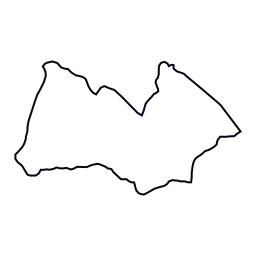 Nova Palmeira, Paraíba, Brazil
{"feature_id": "56859067B19664116937199", "entity_name": "Nova Palmeira", "entity_type": "district", "adm_level": 2, "iso_a3": "BRA", "parent_name": "Brazil", "parent_adm1": "Paraíba", "projection": "albers", "projection_center": [-36.429, -6.675], "detail": "fine", "context": "isolated", "style": "outline", "palette": "ink", "viewbox_px": 256, "rotation_deg": 0, "n_neighbors": 0, "source": "geoboundaries", "source_scale": "gbopen_adm2", "svg_char_len": 1838}
<svg xmlns="http://www.w3.org/2000/svg" viewBox="0 0 256 256"><path d="M45.8,75.9L44.0,81.8L40.7,88.5L37.2,94.9L35.1,100.8L28.7,120.6L27.6,126.3L27.4,131.0L25.9,136.9L25.7,139.3L24.2,143.8L22.4,146.9L18.9,151.0L15.4,154.5L15.4,158.9L18.0,162.5L20.6,164.4L22.6,166.6L27.4,174.6L30.6,175.6L35.8,175.5L38.7,173.5L40.8,169.8L43.7,169.8L46.9,169.4L49.9,169.7L53.6,168.8L56.6,167.5L59.7,168.3L62.9,168.4L66.5,167.9L70.9,169.5L73.8,168.6L76.9,166.9L80.1,166.9L83.2,167.0L86.7,167.1L89.7,165.8L93.2,164.6L97.9,163.8L101.9,165.2L105.2,166.6L107.8,168.4L111.4,169.1L113.3,172.0L115.8,174.4L118.6,177.0L120.8,179.1L123.7,179.3L126.6,179.2L128.4,180.9L131.6,182.4L134.0,182.3L134.8,184.8L135.3,187.2L136.3,190.3L138.2,192.8L140.8,194.1L144.0,194.5L147.1,192.9L151.5,190.4L154.4,188.8L156.7,188.0L159.8,187.0L164.2,185.9L167.1,184.0L169.0,181.4L172.5,180.1L175.4,180.5L177.8,180.6L180.5,181.4L184.3,181.3L188.0,182.3L191.1,182.3L191.7,177.3L191.7,173.3L192.5,166.8L193.1,163.8L193.9,161.3L195.1,159.1L197.3,157.0L200.6,155.0L203.2,152.9L205.0,151.1L208.6,150.0L213.3,147.4L216.6,144.6L217.0,142.1L217.8,139.8L220.2,136.7L226.2,136.8L229.0,136.4L231.7,136.3L234.4,136.1L236.9,133.8L240.6,131.5L220.3,104.7L203.3,90.2L187.1,76.7L183.8,73.7L180.3,72.5L177.0,71.4L173.6,68.7L173.6,65.1L171.2,64.8L168.8,66.1L167.5,63.5L164.4,61.8L160.9,63.0L158.9,66.1L158.8,70.2L158.7,74.6L157.8,77.7L156.2,79.7L155.6,82.2L156.6,85.6L157.9,88.7L158.3,91.1L156.5,92.8L153.8,94.1L151.5,97.0L148.6,100.0L145.7,103.6L144.5,107.7L143.4,111.5L141.8,115.4L137.6,112.9L121.5,96.5L114.3,89.9L108.9,88.1L104.3,86.1L100.7,87.8L96.1,94.4L93.1,92.8L90.3,89.6L88.4,86.1L86.0,79.8L84.5,78.0L81.5,76.5L75.9,75.3L71.5,72.6L67.9,69.1L64.1,68.5L61.1,67.4L57.3,63.0L52.4,61.5L47.4,62.6L44.9,63.8L42.8,66.4L44.0,68.4L45.5,71.9L45.8,75.9Z" fill="none" stroke="#020617" stroke-width="2"/></svg>